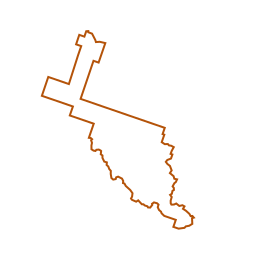 the district of Blaine, Idaho, United States of America, rotated 199°
{"feature_id": "52423323B36690361542904", "entity_name": "Blaine", "entity_type": "district", "adm_level": 2, "iso_a3": "USA", "parent_name": "United States of America", "parent_adm1": "Idaho", "projection": "robinson", "projection_center": [-114.207, 43.306], "detail": "fine", "context": "isolated", "style": "outline", "palette": "amber", "viewbox_px": 256, "rotation_deg": 199, "n_neighbors": 0, "source": "geoboundaries", "source_scale": "gbopen_adm2", "svg_char_len": 1605}
<svg xmlns="http://www.w3.org/2000/svg" viewBox="0 0 256 256"><g transform="rotate(199 128 128)"><path d="M154.5,140.1L182.3,140.1L182.5,180.3L177.1,180.3L177.1,200.9L182.8,200.3L186.3,198.8L187.5,200.5L192.7,205.5L196.7,205.6L197.1,206.7L199.0,205.9L199.0,200.2L204.4,200.2L204.3,190.2L198.9,190.2L198.9,180.4L198.2,150.3L220.0,150.3L219.9,130.4L187.1,130.4L187.1,120.9L161.8,120.9L161.8,106.0L160.0,106.4L158.3,105.7L158.9,104.4L157.2,102.2L156.9,99.6L155.6,96.0L153.2,95.4L151.3,95.7L150.8,97.1L148.6,98.1L146.6,97.8L145.9,97.5L145.2,94.3L143.2,93.7L142.4,91.4L139.5,88.5L136.8,88.6L136.2,86.1L134.1,85.2L132.4,83.1L130.3,81.9L129.4,79.0L127.4,75.3L125.2,74.4L123.0,75.7L123.1,77.5L121.5,78.8L117.2,78.2L115.3,76.4L114.8,74.3L113.2,74.3L111.3,72.5L105.7,70.1L102.5,67.8L101.8,64.4L102.2,62.3L100.9,61.4L96.3,61.0L94.8,62.9L90.1,60.4L88.5,60.9L87.0,60.2L84.2,60.3L83.2,59.4L81.1,60.0L80.0,63.2L80.6,64.1L79.2,66.1L76.0,66.3L74.2,65.5L74.1,62.8L72.0,60.6L69.5,59.6L68.5,58.3L65.1,56.7L52.9,56.7L52.9,49.3L47.4,49.3L42.1,52.0L41.3,53.8L38.3,55.5L36.0,58.3L38.1,63.6L36.6,64.7L38.5,65.8L40.1,65.1L42.0,66.8L46.2,68.6L49.7,69.5L49.1,72.3L51.4,72.7L54.1,71.0L57.8,72.3L59.6,70.6L62.0,69.7L63.1,70.7L64.0,73.2L64.2,77.0L66.4,78.5L65.1,80.1L65.5,83.0L64.4,84.4L65.2,86.3L66.8,87.3L66.2,90.9L65.2,92.4L64.9,95.4L67.7,95.1L69.2,97.3L73.7,99.0L72.9,102.1L76.0,105.8L79.0,106.8L81.2,108.3L80.4,110.6L77.4,113.1L77.4,117.4L79.3,117.4L79.2,120.8L78.5,124.8L81.4,125.3L83.6,124.9L85.1,125.8L88.0,124.7L91.5,125.6L91.5,133.5L93.3,133.5L93.3,140.1L154.5,140.1Z" fill="none" stroke="#b45309" stroke-width="2"/></g></svg>